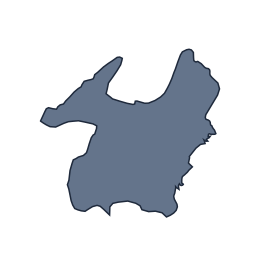 outline of Banja Luka, rotated 106°
{"feature_id": "BIH-4802", "entity_name": "Banja Luka", "entity_type": "state/province", "adm_level": 1, "iso_a3": "BIH", "parent_name": "Bosnia and Herzegovina", "parent_adm1": "", "projection": "natural_earth1", "projection_center": [17.075, 44.676], "detail": "fine", "context": "isolated", "style": "filled", "palette": "slate", "viewbox_px": 256, "rotation_deg": 106, "n_neighbors": 0, "source": "natural_earth", "source_scale": "10m", "svg_char_len": 2502}
<svg xmlns="http://www.w3.org/2000/svg" viewBox="0 0 256 256"><g transform="rotate(106 128 128)"><path d="M109.2,42.0L110.1,42.8L111.0,45.8L111.2,46.9L111.1,48.1L111.8,48.9L114.1,48.6L113.8,47.7L113.3,46.7L115.0,47.3L116.3,48.8L117.5,49.5L118.6,47.7L119.0,48.8L119.2,49.6L119.0,50.5L118.6,51.6L119.2,51.1L121.0,50.1L121.7,49.6L123.8,53.8L128.6,57.1L131.5,58.3L138.5,61.2L139.7,60.6L145.0,60.2L145.4,59.6L147.6,55.4L151.9,57.9L154.0,58.7L157.7,60.9L158.7,61.7L160.2,62.4L162.3,62.2L166.0,61.2L166.2,60.7L166.5,59.8L167.0,59.3L167.9,59.8L168.5,60.7L168.6,61.5L168.3,62.3L167.5,63.2L168.9,63.6L170.2,63.4L172.9,62.1L171.9,65.1L171.3,66.0L172.1,65.7L177.7,65.1L180.2,65.3L181.4,65.1L183.7,63.8L187.8,59.9L190.2,58.8L193.9,59.0L197.2,60.7L200.2,63.3L202.9,66.5L200.1,71.9L200.4,78.7L202.7,85.1L202.7,92.1L199.4,95.0L198.2,99.8L198.3,108.1L202.0,117.0L204.6,121.8L208.8,123.7L216.7,121.7L212.8,129.1L210.9,133.2L210.9,136.4L213.3,140.4L217.1,143.9L219.9,146.3L220.5,150.1L220.5,153.6L220.1,157.0L217.3,159.9L213.4,162.7L208.7,165.1L203.1,168.0L199.5,170.4L199.3,170.6L194.5,170.4L184.8,172.0L177.7,172.0L173.7,171.8L171.8,169.6L169.6,167.7L166.7,163.3L163.2,161.1L159.2,160.9L153.9,160.9L147.5,160.6L144.4,159.6L143.0,158.3L137.2,158.1L134.5,158.7L133.7,162.8L134.2,171.3L134.7,177.6L136.5,182.4L138.4,187.1L141.1,190.9L147.0,197.8L148.2,203.3L147.5,207.3L146.6,210.6L145.5,213.9L145.4,214.0L135.0,212.4L132.0,211.8L130.4,210.0L130.2,205.5L129.6,201.9L127.0,201.3L124.5,199.6L122.7,196.6L119.3,195.4L114.1,192.5L108.3,189.7L103.8,186.7L101.3,184.4L99.2,184.2L95.2,183.0L93.1,179.6L91.7,177.0L90.4,175.1L88.6,174.7L85.9,174.7L82.9,172.5L76.0,168.3L71.2,164.6L68.0,161.8L64.6,159.1L63.1,157.9L62.1,155.5L62.6,152.7L64.8,152.5L69.2,152.5L75.9,154.3L83.7,156.9L90.1,159.2L96.3,158.7L101.1,158.5L102.1,156.1L103.2,153.3L104.3,150.9L104.5,142.8L104.5,135.7L104.0,129.8L103.1,128.2L100.2,128.4L99.6,126.8L99.6,124.4L99.6,118.7L98.4,115.1L94.1,109.6L89.2,105.2L84.6,102.5L78.7,101.1L74.5,100.3L68.5,99.5L61.9,99.1L58.4,98.7L50.6,98.3L43.3,97.7L39.8,96.7L36.6,93.2L35.5,91.0L35.5,88.6L37.3,86.0L42.5,84.3L45.1,83.3L45.7,81.9L45.8,80.8L45.1,79.9L44.8,79.3L46.0,75.3L48.3,71.5L48.8,70.3L49.0,68.7L48.8,67.7L48.8,67.0L49.6,65.6L50.7,65.0L53.6,64.2L54.8,63.4L56.3,61.2L60.0,54.0L65.2,50.8L71.7,51.0L93.8,56.9L96.7,56.6L98.1,55.5L98.2,54.4L98.2,53.2L98.8,51.5L99.9,50.5L101.2,50.0L102.3,49.4L102.9,47.8L103.8,47.3L104.9,46.1L105.8,44.9L106.2,44.3L109.2,42.0Z" fill="#64748b" stroke="#1e293b" stroke-width="1.5"/></g></svg>